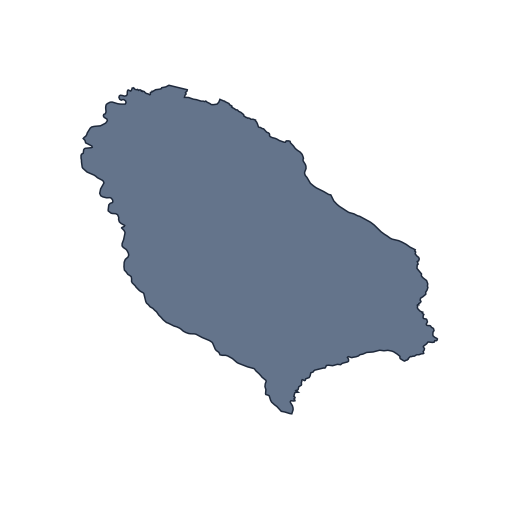 the district of Balibo, Bobonaro, East Timor, rotated 104°
{"feature_id": "22284137B63057021325797", "entity_name": "Balibo", "entity_type": "district", "adm_level": 2, "iso_a3": "TLS", "parent_name": "East Timor", "parent_adm1": "Bobonaro", "projection": "equal_earth", "projection_center": [125.004, -8.961], "detail": "fine", "context": "isolated", "style": "filled", "palette": "slate", "viewbox_px": 512, "rotation_deg": 104, "n_neighbors": 0, "source": "geoboundaries", "source_scale": "gbopen_adm2", "svg_char_len": 6075}
<svg xmlns="http://www.w3.org/2000/svg" viewBox="0 0 512 512"><g transform="rotate(104 256 256)"><path d="M211.4,103.0L210.1,108.8L208.4,113.0L207.2,117.7L206.6,121.2L206.7,128.0L206.2,130.2L204.7,133.9L204.0,136.2L202.3,140.4L197.3,148.9L195.5,153.1L192.4,165.0L192.4,167.1L191.4,171.2L191.3,175.9L191.1,177.1L187.7,187.0L186.3,189.9L183.8,193.8L178.6,198.2L178.7,200.4L177.1,205.8L175.3,214.0L174.1,217.1L172.3,220.8L167.4,225.6L166.0,227.6L164.4,228.7L162.9,229.1L159.1,228.6L156.7,229.3L155.2,230.3L152.4,233.2L151.5,233.6L150.5,233.7L150.1,233.5L148.9,234.0L146.8,235.4L146.0,236.1L144.5,238.3L143.5,241.2L142.2,243.9L140.1,246.4L137.9,249.9L136.5,250.7L136.4,252.1L137.0,254.5L138.5,255.0L138.8,256.1L138.3,261.4L137.5,264.0L137.2,265.9L137.2,268.9L136.8,270.9L136.1,271.9L134.6,272.3L134.0,272.8L133.5,273.8L133.3,275.6L130.8,279.3L130.8,281.0L130.2,282.7L130.4,284.2L130.1,284.9L127.4,286.6L126.0,287.7L125.0,289.1L124.2,289.3L124.0,291.9L124.6,294.1L124.0,295.2L123.9,296.6L124.3,297.6L123.8,298.5L124.0,299.5L123.4,300.5L123.1,301.6L122.1,302.0L121.6,302.6L120.3,305.4L119.8,307.9L118.8,309.3L119.0,311.1L118.4,312.2L117.6,315.2L117.3,315.7L116.7,315.5L116.3,315.7L115.6,318.2L114.6,319.1L113.7,323.4L113.3,323.9L113.4,325.3L113.2,325.9L113.0,327.6L112.7,328.9L115.8,329.3L118.1,330.6L119.5,334.1L119.9,336.0L119.2,337.7L118.6,340.6L117.8,342.2L118.6,343.1L118.5,344.7L119.0,346.6L118.7,351.7L119.0,354.7L118.5,359.8L119.4,363.8L117.2,363.8L115.7,363.0L114.5,364.0L112.6,362.8L111.3,362.9L111.4,381.8L113.8,384.5L115.5,388.2L116.5,388.4L117.3,389.5L118.9,393.6L121.2,395.9L121.3,396.7L121.9,396.6L122.9,398.0L124.8,397.6L125.3,398.1L124.8,399.9L124.8,401.8L124.2,403.3L123.5,404.1L123.4,405.5L123.9,405.9L123.8,407.0L123.3,406.9L123.3,407.3L122.8,408.1L123.1,409.5L123.7,410.0L123.0,411.2L123.5,411.8L123.6,413.7L122.4,415.4L122.9,415.8L122.9,416.7L125.4,417.0L126.3,417.5L125.8,420.2L126.5,420.6L127.9,420.6L130.5,420.0L131.9,420.7L132.7,422.3L132.6,424.7L132.8,426.5L133.7,427.3L135.2,427.4L136.9,426.2L137.4,424.4L136.7,423.6L136.2,422.1L137.1,420.0L138.7,419.2L140.3,419.7L141.4,424.2L141.7,427.0L141.4,432.7L142.0,434.7L143.9,436.9L145.2,437.9L146.8,438.0L148.7,437.7L152.4,436.4L154.4,436.6L155.5,438.0L157.0,438.0L158.2,436.9L159.2,433.8L160.5,433.0L161.7,433.3L163.5,434.1L167.3,438.4L169.4,444.4L170.6,446.7L172.1,447.8L177.4,449.5L179.3,449.6L181.0,450.2L182.3,451.3L183.8,452.1L185.2,449.9L187.4,448.7L189.0,441.9L190.1,441.2L190.8,442.1L192.8,447.7L193.4,448.4L194.6,448.9L198.1,448.5L199.4,449.9L200.7,450.1L203.5,449.4L205.0,448.6L206.9,448.1L211.9,446.1L212.8,445.2L215.4,440.3L216.7,432.6L217.3,430.9L218.4,428.8L219.7,423.5L220.4,422.2L221.9,421.2L228.5,423.0L233.0,422.8L235.1,421.2L235.7,418.9L235.7,415.1L234.7,411.8L234.7,411.0L235.9,409.1L236.5,408.6L238.1,408.0L238.9,408.3L240.2,410.2L242.0,411.2L247.1,410.6L248.0,410.3L249.5,407.0L249.5,405.8L248.9,402.3L249.4,400.3L251.8,398.5L253.7,398.2L255.9,396.9L257.1,394.7L258.1,390.8L259.2,391.0L260.9,393.1L261.3,393.2L263.2,390.1L265.0,388.7L272.1,388.4L276.3,388.9L278.6,388.4L279.8,386.9L281.0,383.7L281.7,382.7L283.9,380.7L285.9,379.7L287.9,379.9L290.9,382.0L293.9,382.4L298.4,381.5L301.5,380.3L303.0,378.0L304.8,375.9L305.6,373.4L306.2,372.1L308.2,371.2L310.8,370.6L312.0,369.6L314.2,365.9L315.2,364.9L317.5,361.2L318.2,359.7L319.1,356.3L319.5,355.8L326.9,351.9L328.2,350.8L329.3,348.6L330.9,346.5L331.8,343.3L333.1,341.3L334.2,339.0L336.9,336.0L338.4,333.4L340.3,330.7L342.2,326.8L342.4,324.9L343.8,318.6L343.9,315.8L344.5,312.7L345.0,311.3L346.5,308.4L347.2,305.6L347.5,302.4L347.2,300.2L346.5,297.2L346.4,295.3L348.1,288.6L349.3,280.7L350.3,277.9L351.0,277.0L356.3,273.0L357.3,271.7L358.5,268.7L360.6,267.0L360.5,264.6L359.7,261.5L359.8,259.3L361.2,254.1L363.9,248.8L364.3,247.4L365.6,237.3L365.7,230.9L365.9,230.2L367.5,228.3L369.5,224.5L371.2,222.0L372.1,220.9L374.2,216.4L375.1,215.8L377.8,216.1L380.6,215.7L383.2,214.1L387.4,213.4L388.0,213.0L388.1,210.9L388.4,209.4L392.5,206.9L394.0,205.5L395.9,202.0L397.0,199.3L400.6,193.9L400.4,190.5L400.7,185.0L400.5,183.1L396.3,182.8L394.5,183.3L392.4,184.5L389.8,187.2L389.0,187.5L387.9,187.0L387.7,184.7L387.1,183.2L386.5,183.3L386.1,184.2L385.1,184.5L384.5,183.9L384.0,183.8L383.3,184.5L383.1,185.3L379.4,185.3L378.7,184.4L378.0,182.1L377.5,183.2L377.5,184.1L377.1,184.9L376.6,184.5L376.1,183.3L375.2,182.8L372.6,182.9L370.4,180.8L369.8,180.7L367.7,181.4L366.8,181.2L365.6,181.5L364.8,181.2L364.8,180.3L365.2,178.9L364.8,178.2L363.1,178.0L361.1,175.0L359.2,174.5L356.1,174.6L354.7,172.5L353.3,172.0L352.5,171.3L348.4,163.5L348.1,162.2L347.7,161.7L345.2,161.2L344.4,159.2L343.9,155.1L341.4,150.8L341.0,147.6L339.3,146.4L336.6,141.5L335.7,140.8L334.6,141.0L333.7,141.3L332.2,142.8L331.5,142.3L331.2,141.7L331.5,139.1L331.4,138.3L330.8,137.4L329.6,134.6L328.2,132.4L326.6,131.3L325.3,128.5L322.8,125.3L320.8,119.2L317.5,113.2L317.0,108.9L315.6,105.2L315.4,101.3L315.6,99.4L317.0,95.3L318.5,92.1L319.8,91.8L320.7,91.2L321.9,87.5L322.0,86.3L320.9,85.3L320.4,84.2L319.2,83.3L318.7,83.5L316.2,81.9L316.0,80.6L315.4,79.9L314.8,78.0L312.9,76.2L312.4,74.0L311.0,72.0L310.4,70.3L309.9,69.7L308.2,70.7L306.8,70.1L305.1,70.1L303.7,71.7L302.9,71.6L299.9,69.2L298.0,68.4L297.7,67.7L297.2,63.9L296.5,62.3L294.9,62.1L294.7,60.8L294.4,60.3L293.7,59.9L292.6,59.9L292.2,60.6L291.7,62.8L290.7,64.8L289.8,65.3L288.0,65.7L286.8,65.8L285.4,65.2L283.6,66.1L283.2,66.7L282.8,68.4L281.6,69.8L281.5,70.8L281.9,72.3L281.9,73.5L281.4,74.1L280.6,74.3L278.5,73.7L276.4,74.9L276.0,75.5L276.1,78.1L275.6,78.9L273.7,79.3L272.1,79.0L271.4,80.6L271.0,81.0L270.2,80.6L269.9,83.2L268.3,85.9L267.3,86.9L265.9,87.0L265.2,87.5L264.3,87.5L264.1,86.2L262.8,86.6L261.8,85.5L260.5,84.9L260.0,85.0L259.1,86.1L257.1,86.1L255.1,84.2L252.0,82.0L250.0,82.6L247.8,81.8L245.0,81.6L243.7,82.4L241.5,82.6L238.6,84.5L236.9,88.4L235.7,90.3L235.0,90.8L233.3,91.1L229.1,96.8L225.9,97.4L225.3,97.3L225.0,96.8L224.7,96.7L222.3,98.2L221.4,97.0L219.4,96.9L218.0,97.8L217.1,99.9L215.4,102.1L213.6,102.0L213.1,102.4L212.8,103.2L211.4,103.0Z" fill="#64748b" stroke="#1e293b" stroke-width="1.5"/></g></svg>